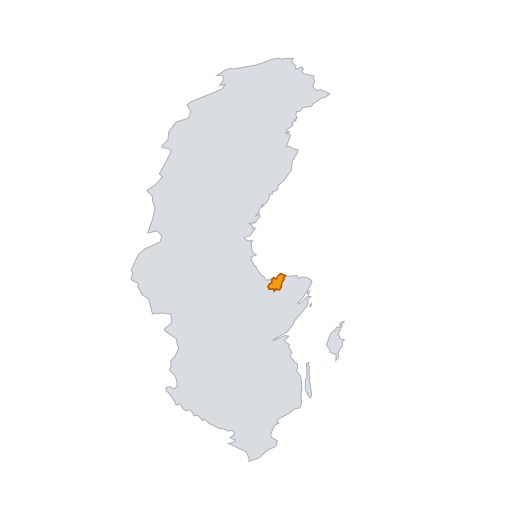 location of Tierp, Uppsala, Sweden, rotated 330°
{"feature_id": "70781695B92369389474001", "entity_name": "Tierp", "entity_type": "district", "adm_level": 2, "iso_a3": "SWE", "parent_name": "Sweden", "parent_adm1": "Uppsala", "projection": "equal_earth", "projection_center": [17.629, 60.367], "detail": "fine", "context": "in_parent", "style": "filled", "palette": "amber", "viewbox_px": 512, "rotation_deg": 330, "n_neighbors": 0, "source": "geoboundaries", "source_scale": "gbopen_adm2", "svg_char_len": 4983}
<svg xmlns="http://www.w3.org/2000/svg" viewBox="0 0 512 512"><g transform="rotate(330 256 256)"><path d="M116.4,326.6L118.1,330.2L122.1,329.7L123.9,327.1L126.2,319.6L123.9,311.3L127.6,308.5L130.0,303.9L135.5,302.6L143.0,297.3L143.9,292.0L145.8,288.0L140.1,276.2L139.7,273.3L149.1,271.8L153.4,264.0L147.2,259.0L137.5,254.3L141.5,239.6L137.7,231.7L138.4,228.4L138.0,223.4L140.5,221.3L136.0,213.9L141.0,208.9L140.3,206.3L154.3,196.2L163.4,194.3L180.0,195.9L184.1,191.9L184.3,189.8L182.9,184.8L173.7,181.9L184.2,173.0L192.3,164.5L194.1,156.2L196.0,152.8L194.3,144.8L205.0,144.0L214.6,140.7L213.4,136.5L234.5,123.5L235.2,121.2L233.7,119.0L228.8,115.1L230.2,113.3L235.8,112.2L238.5,110.5L242.8,104.6L254.2,100.0L266.6,103.0L272.1,97.8L271.7,90.7L276.3,89.9L309.7,94.4L315.3,91.8L309.6,90.4L315.2,87.5L316.8,85.8L317.3,83.7L317.0,82.7L312.4,80.1L322.9,79.7L328.6,80.9L329.2,82.5L352.0,90.8L370.2,94.2L375.4,96.6L377.3,99.2L380.2,99.4L383.6,101.9L387.2,103.3L384.4,105.0L384.6,109.0L385.6,110.8L383.9,114.3L389.9,115.1L390.9,117.3L387.9,119.4L388.3,121.8L396.2,129.1L394.3,131.4L393.9,134.4L390.5,136.7L390.1,139.0L390.8,142.0L392.0,143.4L395.4,144.4L401.2,152.5L395.5,153.0L391.2,151.9L381.1,152.9L378.6,154.1L370.8,150.9L366.4,152.7L363.4,151.1L361.0,153.8L360.5,157.4L356.8,157.1L358.2,158.5L353.3,158.9L353.0,159.5L354.0,160.4L352.5,161.5L345.8,161.9L344.9,163.1L346.9,164.5L346.8,165.4L342.5,164.1L345.5,166.7L346.2,168.7L337.0,176.4L340.1,178.4L342.8,182.8L345.6,184.8L344.5,186.8L334.9,191.8L329.5,199.5L317.3,204.6L311.0,205.9L306.8,209.6L301.9,208.5L301.8,210.6L298.7,209.2L296.1,212.5L291.7,215.3L286.9,214.8L286.3,215.3L287.8,216.1L282.2,216.8L280.6,219.7L276.4,220.5L275.8,221.4L280.0,221.6L279.1,224.0L274.3,225.2L272.6,226.7L270.5,226.7L270.9,225.5L267.7,225.5L266.7,224.2L266.1,224.5L268.3,228.4L266.7,230.0L269.7,231.5L261.0,235.4L255.7,233.9L255.0,235.1L256.1,238.4L260.7,241.0L257.9,242.7L254.9,250.5L256.9,255.3L250.8,254.2L251.3,256.0L249.4,258.1L250.1,261.2L249.5,263.2L250.9,265.1L250.1,266.0L250.9,274.6L252.6,278.4L252.0,281.3L254.5,282.9L259.8,283.3L261.3,285.8L268.0,284.3L272.7,289.2L281.8,293.4L281.3,296.1L287.0,298.1L290.4,301.8L291.8,304.9L291.3,306.8L282.4,312.1L275.5,315.6L268.3,317.7L268.7,318.6L272.2,318.9L280.8,316.4L283.3,318.6L278.7,319.6L277.7,322.7L275.7,324.6L256.6,331.6L254.1,333.7L245.5,337.3L230.1,337.0L227.8,337.8L241.1,339.2L244.2,341.8L237.9,343.4L240.6,349.6L238.9,351.1L238.8,357.9L236.5,358.1L235.5,360.9L236.6,367.9L237.7,369.8L237.2,371.8L233.5,376.5L234.7,382.1L230.3,392.5L225.6,398.5L221.8,406.6L217.8,409.4L213.0,407.7L205.9,408.7L193.0,408.4L191.3,409.2L192.3,412.1L187.6,411.7L179.3,418.0L178.9,421.0L182.1,426.9L178.0,430.8L169.2,429.9L157.5,432.3L147.2,430.4L148.6,428.3L149.6,420.5L138.3,404.6L143.8,406.2L146.1,405.4L142.8,400.3L147.6,399.9L149.1,398.1L148.4,395.1L144.5,393.8L141.3,389.2L137.8,386.8L131.8,377.6L129.8,371.3L127.6,371.9L126.0,364.7L122.7,363.6L122.3,356.4L118.7,355.6L116.5,352.3L116.4,346.1L112.2,345.2L112.9,342.3L112.0,331.4L110.8,328.0L112.0,325.5L114.3,325.3L116.4,326.6ZM294.4,360.3L292.5,360.9L291.4,362.9L288.3,363.9L287.8,370.3L290.6,372.7L287.7,373.8L285.7,377.1L280.5,379.4L278.4,381.6L277.3,384.7L272.8,386.4L276.0,381.7L271.8,376.3L272.9,374.4L272.5,368.2L281.8,360.4L286.1,359.5L288.1,360.3L288.9,358.4L290.3,358.0L294.4,360.3ZM234.5,404.6L232.2,406.0L231.5,404.0L231.8,396.5L237.0,387.6L239.3,386.9L245.7,375.0L246.4,374.2L248.6,374.9L247.0,376.1L247.0,378.1L243.0,384.5L241.9,388.7L240.5,389.7L234.5,404.6ZM296.2,357.8L295.8,359.6L293.5,358.1L295.7,356.1L300.3,356.7L296.2,357.8ZM285.2,312.9L282.2,315.6L281.6,314.5L282.3,313.2L285.2,312.9ZM278.8,326.9L277.2,327.0L278.3,325.2L280.3,324.8L278.8,326.9Z" fill="#d9dde1" stroke="#a8b0b8" stroke-width="1"/><path d="M250.8,291.5L251.8,291.8L252.3,292.1L252.6,292.5L253.5,292.7L254.1,292.9L254.6,293.3L255.0,293.5L255.0,293.8L254.6,294.0L254.4,294.4L254.4,294.8L254.3,295.4L254.2,295.5L255.3,295.5L256.1,295.3L256.4,294.8L257.3,294.6L257.6,294.8L257.7,295.4L258.0,295.8L258.3,296.2L258.7,296.5L258.9,296.9L259.5,297.1L260.0,296.9L260.3,296.6L260.8,296.2L261.1,296.0L262.0,296.0L262.2,295.7L262.3,295.4L262.4,295.2L262.9,294.5L263.4,294.2L263.7,293.7L263.8,293.4L264.4,292.9L264.6,292.5L264.9,292.1L265.2,291.7L265.8,291.4L266.4,291.2L266.8,291.0L267.4,290.9L268.1,290.8L268.6,290.3L268.5,289.6L268.4,289.1L268.8,288.8L270.1,288.7L270.6,288.4L270.9,288.1L271.4,287.7L271.8,287.6L271.0,286.7L270.5,286.4L270.2,285.8L269.7,285.5L269.5,284.8L269.3,283.9L268.8,283.7L267.5,283.6L266.4,284.0L265.8,284.2L264.3,284.5L263.8,284.8L263.3,285.4L263.0,285.9L262.3,286.1L261.8,285.9L261.4,285.3L261.1,285.0L261.1,284.4L260.8,283.5L260.2,283.7L259.8,284.0L259.3,284.0L258.8,284.3L258.2,284.3L257.6,284.7L257.2,285.0L256.9,285.6L256.9,286.0L256.8,286.6L256.5,286.9L256.1,287.1L255.4,287.0L254.3,286.9L253.5,287.0L252.9,287.6L252.0,287.9L250.9,288.4L250.9,289.2L251.1,289.7L250.7,290.7L250.8,291.5Z" fill="#f59e0b" stroke="#b45309" stroke-width="1.5"/></g></svg>